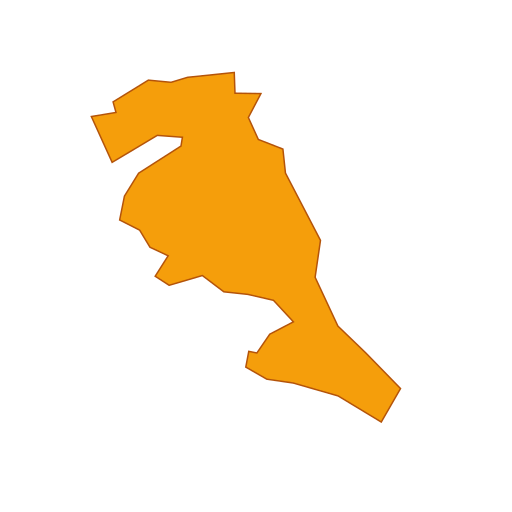 the district of Narin, Namangan, Uzbekistan, rotated 236°
{"feature_id": "79887680B11323044548647", "entity_name": "Narin", "entity_type": "district", "adm_level": 2, "iso_a3": "UZB", "parent_name": "Uzbekistan", "parent_adm1": "Namangan", "projection": "mercator", "projection_center": [71.985, 40.952], "detail": "fine", "context": "isolated", "style": "filled", "palette": "amber", "viewbox_px": 512, "rotation_deg": 236, "n_neighbors": 0, "source": "geoboundaries", "source_scale": "gbopen_adm2", "svg_char_len": 696}
<svg xmlns="http://www.w3.org/2000/svg" viewBox="0 0 512 512"><g transform="rotate(236 256 256)"><path d="M463.7,223.7L453.3,220.2L463.7,197.5L414.1,189.1L411.2,241.6L395.6,261.4L389.1,255.3L390.3,205.0L379.2,180.4L362.1,163.1L342.5,174.0L322.5,173.0L305.3,183.3L295.6,161.1L280.3,167.6L269.8,200.6L244.3,209.3L228.8,227.7L209.5,245.7L180.5,250.2L183.5,223.7L175.1,202.5L181.0,196.7L169.6,185.4L147.8,196.1L129.9,215.8L94.1,245.8L48.3,267.0L65.3,301.7L114.3,292.8L152.1,284.7L205.3,293.1L232.9,318.2L308.3,326.8L329.6,338.1L351.3,323.1L375.1,327.1L387.9,350.9L402.7,329.6L420.3,340.6L442.4,299.2L447.5,282.7L462.0,265.1L463.7,223.7Z" fill="#f59e0b" stroke="#b45309" stroke-width="1.5"/></g></svg>